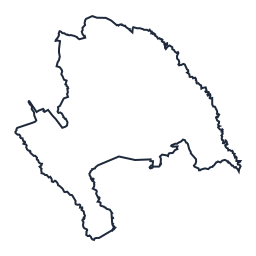 Ixtapan de la Sal, México, Mexico
{"feature_id": "50627088B70229616994198", "entity_name": "Ixtapan de la Sal", "entity_type": "district", "adm_level": 2, "iso_a3": "MEX", "parent_name": "Mexico", "parent_adm1": "México", "projection": "orthographic", "projection_center": [-99.696, 18.841], "detail": "fine", "context": "isolated", "style": "outline", "palette": "slate", "viewbox_px": 256, "rotation_deg": 0, "n_neighbors": 0, "source": "geoboundaries", "source_scale": "gbopen_adm2", "svg_char_len": 5742}
<svg xmlns="http://www.w3.org/2000/svg" viewBox="0 0 256 256"><path d="M45.1,175.0L46.7,175.0L48.9,177.5L50.3,176.8L51.7,179.1L51.8,181.4L52.3,181.7L53.3,182.0L54.9,180.7L56.0,181.3L57.7,183.4L58.1,185.3L59.4,185.8L62.6,188.7L64.2,191.8L65.1,192.1L67.2,191.7L70.1,194.9L71.8,195.0L72.2,195.3L75.6,201.0L75.4,202.7L75.7,204.2L77.4,204.8L79.5,204.5L80.1,205.0L80.3,205.8L80.0,207.6L82.2,207.5L82.3,208.2L81.5,209.8L83.7,211.4L84.1,213.8L85.0,215.7L84.7,216.5L83.6,217.5L83.6,218.0L84.4,218.3L84.2,218.7L83.9,219.3L82.6,219.6L82.4,220.5L83.5,222.2L83.0,225.0L83.3,226.8L84.4,228.3L86.8,229.3L87.2,230.2L86.3,232.0L86.6,232.7L86.2,234.8L87.7,236.0L88.6,236.0L89.5,235.5L91.0,237.0L91.5,238.4L92.4,239.4L94.0,239.9L94.5,238.6L96.1,238.0L99.1,237.9L111.8,230.4L112.2,230.7L113.0,229.9L112.6,229.4L113.6,227.9L114.3,228.8L115.2,227.6L114.7,227.5L113.8,226.1L113.4,226.4L112.4,224.5L113.0,223.7L112.1,223.0L111.9,218.6L112.1,218.8L113.8,217.6L111.8,217.9L111.5,212.8L111.9,212.8L109.8,209.7L106.5,208.8L105.5,207.5L104.4,207.4L103.9,206.6L100.8,205.8L100.4,205.3L100.6,202.8L99.5,202.0L97.7,201.7L99.3,199.2L99.5,197.7L99.2,197.3L98.3,197.2L98.2,197.8L96.1,193.6L96.8,191.6L96.4,190.4L92.8,188.6L94.1,186.6L94.3,184.5L94.0,183.9L94.4,182.6L93.5,181.5L92.3,180.9L92.2,180.5L93.4,179.7L93.5,178.8L92.8,178.5L91.3,179.3L90.9,178.8L90.7,176.9L89.7,175.4L89.4,173.6L90.3,172.5L90.5,171.4L92.6,169.4L92.4,169.1L95.0,168.4L95.4,167.4L97.9,165.3L118.9,156.5L135.1,160.0L150.6,159.4L150.4,161.1L153.0,161.2L152.6,165.4L151.2,165.5L149.6,167.3L150.0,168.2L150.5,168.4L152.5,167.7L152.9,166.6L159.0,166.6L159.7,166.0L160.0,164.3L160.4,164.0L160.8,164.3L161.1,163.8L160.7,162.5L160.9,158.7L159.9,156.6L162.2,154.6L166.8,155.4L168.0,156.1L168.3,154.6L169.3,153.2L172.7,153.0L175.1,150.0L177.4,149.1L176.9,148.0L177.5,146.4L172.6,146.7L171.2,145.9L171.6,145.2L175.4,143.7L177.1,143.8L178.1,142.9L181.2,141.4L183.0,139.6L184.8,140.1L186.1,142.6L186.9,142.8L187.9,144.1L189.2,149.2L190.8,152.1L190.8,153.3L196.0,159.2L196.1,161.8L195.5,163.8L193.9,165.6L194.4,166.6L198.6,168.5L199.0,170.3L200.3,170.2L200.8,169.6L204.9,168.4L208.3,169.1L210.3,167.3L212.6,166.8L212.9,166.0L213.9,165.5L216.3,162.3L217.3,162.1L217.9,161.5L220.5,162.4L222.1,160.7L224.8,159.9L226.8,160.8L228.1,162.4L228.4,162.0L228.7,162.7L229.5,162.7L232.0,165.7L232.7,165.5L234.4,167.5L235.9,167.0L236.5,168.3L237.5,168.9L238.8,171.4L239.1,169.4L240.6,166.3L239.6,164.8L237.9,164.5L237.7,163.5L238.0,162.5L239.8,162.0L240.4,161.0L236.4,161.0L236.6,157.4L235.8,156.6L235.0,157.4L234.1,154.9L234.7,153.9L232.7,153.0L232.8,151.6L232.3,150.8L231.1,150.9L229.6,150.0L228.3,150.4L227.9,148.5L226.7,148.0L225.7,146.9L225.2,145.7L225.5,144.7L226.5,144.8L227.4,144.4L226.5,141.3L225.9,140.7L225.6,141.8L223.9,143.2L223.0,143.1L223.5,140.4L222.0,139.9L221.7,138.4L222.2,136.5L221.4,135.6L222.7,133.8L222.3,133.2L222.6,131.9L221.6,131.6L222.7,129.8L222.3,129.3L221.2,129.8L220.0,129.5L218.1,127.3L218.5,126.5L219.5,126.1L218.4,125.7L218.1,124.7L219.0,123.1L219.1,121.6L217.3,120.6L216.0,117.4L216.6,116.8L217.8,117.1L219.1,114.6L218.4,114.1L217.4,114.4L216.9,113.7L217.2,113.0L217.1,111.1L214.9,106.7L213.2,106.5L212.2,104.4L212.2,98.0L210.2,98.5L209.6,98.0L210.4,96.0L210.2,94.5L207.9,95.6L207.4,94.6L208.9,92.9L208.6,92.0L205.7,92.1L205.4,91.4L206.6,90.7L205.7,87.4L202.9,87.8L201.4,88.6L201.1,85.4L199.8,84.8L198.3,83.2L197.1,83.5L196.4,82.7L196.6,81.3L195.8,80.2L196.0,79.0L195.1,77.7L193.1,78.3L192.4,76.9L189.7,76.9L189.3,74.2L187.1,72.6L188.3,71.9L188.1,70.1L187.0,69.4L184.8,64.5L183.5,63.9L181.3,64.9L179.1,65.3L178.4,64.5L179.3,62.9L178.8,60.3L177.1,58.6L177.0,56.0L178.4,53.0L177.9,52.1L176.6,52.9L174.7,51.5L174.1,50.1L172.3,49.2L172.3,47.2L169.5,45.5L167.4,46.8L165.8,49.0L165.0,47.9L165.0,45.8L167.1,44.5L167.1,43.3L164.3,44.2L164.1,42.3L162.5,41.9L161.9,41.3L162.5,39.8L161.7,39.1L160.4,39.3L159.6,38.2L157.9,38.6L156.9,36.7L155.2,35.8L155.2,34.4L154.3,34.4L154.1,33.6L152.8,33.8L152.8,33.0L151.3,33.2L151.8,31.6L150.6,31.2L149.7,29.8L148.7,30.8L146.9,29.8L144.0,29.8L143.1,29.2L139.8,28.2L137.3,28.3L133.3,27.2L132.7,28.5L132.4,32.4L129.5,29.9L129.7,29.1L128.6,28.9L125.9,27.0L125.2,25.8L124.1,26.0L123.6,25.4L122.0,25.1L121.7,24.5L121.3,24.8L120.4,24.4L119.3,24.8L118.5,25.6L117.5,24.9L116.7,25.2L111.3,20.6L105.9,17.9L96.9,17.7L92.2,16.1L85.9,19.0L85.1,20.6L84.6,23.2L85.1,25.0L82.5,27.7L82.7,30.1L81.7,31.7L82.6,34.2L84.1,36.2L84.7,35.9L85.2,37.7L79.4,39.2L77.7,38.2L77.3,37.3L74.5,36.0L71.0,35.1L69.1,35.3L67.6,34.6L67.3,34.9L65.4,34.1L64.5,33.3L62.3,33.1L61.2,31.8L59.6,31.2L58.6,33.7L59.1,34.9L58.2,37.0L55.7,40.2L55.6,40.9L57.6,40.5L60.0,41.1L59.0,49.3L59.0,52.4L59.8,56.7L58.9,60.3L57.6,62.3L56.6,66.3L59.6,67.1L61.6,69.6L62.2,71.3L61.3,74.2L62.6,76.3L64.0,79.7L66.6,80.6L65.4,84.4L66.4,84.7L66.7,86.3L67.7,86.8L68.2,88.4L67.3,88.8L67.9,92.5L67.0,93.9L68.0,96.9L63.7,98.5L60.0,105.8L58.0,107.1L58.3,109.1L57.6,111.6L58.4,112.9L60.3,112.5L61.9,113.6L63.6,116.8L63.4,117.3L64.3,117.7L64.8,118.8L65.8,118.8L67.5,122.3L67.0,125.5L65.4,126.7L62.3,127.8L55.7,119.0L52.4,115.5L48.1,109.9L44.5,111.9L43.5,111.2L43.9,109.9L43.1,108.9L38.9,110.5L36.6,112.0L29.3,101.2L28.8,101.2L28.6,102.0L30.1,104.7L31.8,105.9L31.8,109.3L34.0,112.3L34.3,115.7L36.3,120.3L35.3,121.6L32.7,122.7L17.2,127.9L16.4,129.3L16.6,130.1L15.4,131.8L15.6,133.0L17.6,134.7L19.4,134.7L20.4,136.2L20.2,137.4L20.9,138.1L22.5,138.3L23.2,140.9L24.9,141.7L25.0,142.4L23.5,143.4L23.4,143.8L25.8,144.4L26.7,145.4L26.2,147.3L27.1,149.4L28.5,150.6L30.0,150.8L30.4,151.3L30.1,152.0L30.4,152.8L33.8,155.9L35.1,155.7L37.0,157.6L36.7,159.0L37.0,159.7L38.1,160.1L38.8,162.4L40.8,163.8L41.9,163.8L41.3,165.6L39.6,166.7L41.6,168.8L41.1,169.9L41.6,171.9L41.5,173.2L43.6,173.7L45.1,175.0Z" fill="none" stroke="#1e293b" stroke-width="2"/></svg>